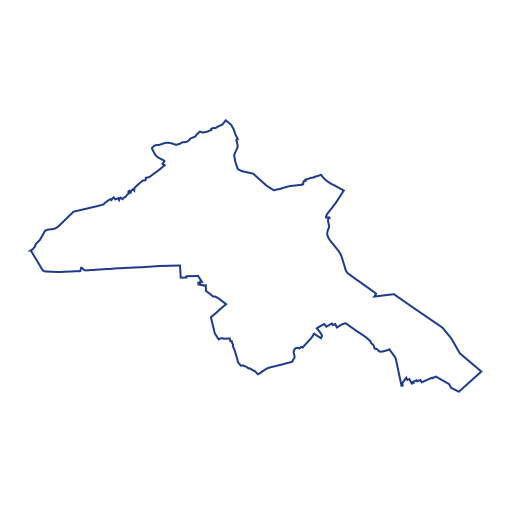 Pitesti, Arges, Romania
{"feature_id": "2599482B71034334572374", "entity_name": "Pitesti", "entity_type": "district", "adm_level": 2, "iso_a3": "ROU", "parent_name": "Romania", "parent_adm1": "Arges", "projection": "robinson", "projection_center": [24.855, 44.857], "detail": "fine", "context": "isolated", "style": "outline", "palette": "blue", "viewbox_px": 512, "rotation_deg": 0, "n_neighbors": 0, "source": "geoboundaries", "source_scale": "gbopen_adm2", "svg_char_len": 5997}
<svg xmlns="http://www.w3.org/2000/svg" viewBox="0 0 512 512"><path d="M481.3,371.5L459.8,353.3L451.3,338.4L442.4,327.6L412.4,307.1L393.9,294.2L388.8,294.8L387.6,294.9L374.3,296.6L376.1,293.8L375.5,293.1L352.0,276.4L347.9,273.4L347.3,272.8L346.5,271.6L345.7,270.2L344.2,265.1L341.7,257.0L341.1,255.4L340.6,254.5L339.7,252.7L338.8,251.3L337.3,249.4L334.0,245.3L330.8,241.4L329.5,239.6L328.9,238.6L328.2,237.2L327.7,236.0L327.3,234.7L327.2,233.6L327.3,232.3L327.6,231.0L328.8,227.9L329.0,227.3L329.1,226.5L329.1,225.9L328.0,221.0L328.0,220.0L328.1,219.6L328.4,218.9L328.8,218.5L329.6,218.0L329.4,217.4L326.0,217.5L326.1,216.4L326.8,214.6L328.6,212.1L332.1,207.7L333.6,205.7L335.6,203.2L343.8,190.5L333.9,185.1L332.1,184.3L329.4,182.7L327.5,181.4L325.6,180.0L323.0,177.4L321.1,174.8L318.0,175.9L317.7,176.0L314.5,176.8L314.5,177.2L313.8,177.4L312.6,177.7L311.8,177.7L309.0,178.5L306.1,179.4L305.4,179.6L305.7,180.7L303.6,181.2L303.2,184.1L302.4,184.2L302.3,184.7L289.6,186.1L287.1,186.8L281.5,188.3L281.4,188.7L278.2,189.2L273.9,190.3L266.6,185.7L253.2,173.7L241.6,171.1L237.8,169.1L235.3,161.7L234.1,155.0L237.7,147.0L237.6,145.2L236.3,140.1L237.8,139.1L235.6,134.9L233.7,129.4L231.2,124.9L225.7,120.3L222.8,124.1L221.9,124.9L221.4,125.0L218.2,126.4L216.8,127.2L215.5,128.1L213.3,128.0L212.3,128.3L211.2,128.9L211.5,129.8L209.4,130.8L208.5,131.1L206.2,132.0L204.0,132.2L202.4,132.6L201.3,132.0L200.0,131.6L199.1,132.1L198.3,133.2L197.2,133.9L195.2,136.6L190.9,138.3L189.9,139.0L188.7,140.6L186.9,141.7L184.5,142.2L183.3,142.2L182.4,142.4L181.7,142.6L179.9,143.8L178.0,144.2L177.1,144.6L176.4,144.8L174.3,144.4L172.9,143.7L169.0,142.8L166.0,142.8L164.6,143.1L159.5,144.8L158.5,145.0L156.8,145.0L154.4,145.6L152.4,147.5L151.9,148.4L153.3,151.2L154.0,152.5L155.8,155.5L156.4,156.1L157.0,156.6L157.9,157.3L160.2,158.6L164.3,160.7L164.4,161.0L162.5,163.9L163.7,164.5L164.8,165.2L164.8,165.3L163.2,166.3L161.8,167.6L159.8,169.3L157.6,171.0L153.8,173.8L150.1,176.5L149.1,177.1L148.2,177.4L147.5,177.6L146.3,177.6L145.9,177.8L145.7,178.1L145.7,179.1L145.7,180.0L145.0,180.4L142.8,180.6L142.3,180.8L137.4,185.1L135.9,186.6L134.8,187.7L134.4,188.2L134.3,188.9L134.2,190.6L132.9,189.3L131.6,190.3L131.2,190.8L130.8,192.3L129.3,190.8L128.7,191.2L129.1,191.8L128.5,192.2L129.2,193.2L127.6,194.3L126.7,195.1L126.3,195.8L125.5,196.9L124.6,197.3L123.8,197.8L123.3,198.0L123.0,198.4L122.7,198.6L122.6,199.1L121.4,198.5L120.6,197.6L119.7,198.3L119.5,199.0L119.1,200.1L118.9,199.8L118.9,199.2L118.7,198.3L118.3,198.1L117.2,198.6L116.4,199.0L115.3,199.4L113.6,197.4L112.3,198.7L111.8,199.2L111.4,200.1L110.1,199.2L107.4,201.1L105.9,202.1L104.6,203.1L103.8,204.2L103.1,204.5L99.5,205.6L73.5,211.7L57.9,226.9L54.7,228.7L51.1,229.3L47.7,229.7L45.0,230.8L40.0,239.8L36.0,243.8L34.6,247.1L33.7,248.0L33.2,248.8L30.7,250.5L30.8,250.5L38.7,263.6L42.2,269.5L43.3,270.7L44.0,271.1L44.5,271.3L44.9,271.4L46.2,271.5L50.4,271.7L54.3,271.9L55.6,271.9L58.1,272.0L59.9,272.0L60.3,272.0L65.3,271.7L70.9,271.5L75.8,271.2L80.0,271.2L80.4,270.9L81.1,267.8L81.3,267.7L81.6,267.7L81.9,267.8L82.4,268.3L84.3,270.1L84.6,270.3L85.4,270.4L86.6,270.3L87.9,270.3L91.2,270.0L93.5,270.0L95.7,269.7L99.5,269.5L106.9,269.0L109.3,269.0L118.1,268.2L119.7,268.3L124.4,268.0L126.5,267.8L129.5,267.8L134.0,267.5L142.2,267.2L159.5,266.0L180.0,265.5L180.7,277.6L184.3,277.6L186.5,277.5L186.4,276.5L186.5,276.3L186.7,276.1L191.2,276.1L193.1,276.1L196.6,275.9L197.9,275.8L198.7,276.9L199.5,278.1L200.8,280.0L201.9,281.8L200.1,281.7L200.1,282.4L200.3,282.4L200.2,283.0L198.3,282.8L198.4,284.5L201.3,284.8L201.3,285.0L201.9,285.1L202.0,285.2L202.5,285.1L202.8,285.3L203.5,285.3L203.7,285.6L203.8,285.6L204.0,285.6L204.9,285.6L205.5,285.3L205.5,285.2L205.8,285.2L205.8,286.9L206.0,291.0L210.5,294.3L213.0,296.5L213.4,296.6L214.2,296.5L215.3,296.6L215.6,296.7L216.7,297.4L218.6,298.4L219.1,298.9L220.8,300.1L224.4,302.9L226.1,304.2L220.2,309.1L217.2,312.0L210.9,317.2L214.8,333.4L218.7,339.4L220.9,338.2L222.9,338.3L223.3,338.7L225.5,338.7L227.1,338.6L229.8,338.5L230.3,341.0L231.9,341.3L231.9,342.6L233.0,344.4L233.1,344.9L232.8,346.3L233.8,348.2L234.4,349.6L237.6,360.1L237.6,360.7L238.0,362.2L238.9,363.5L239.8,364.3L240.7,365.7L243.3,365.4L244.1,366.1L245.9,366.5L248.6,368.5L249.5,368.2L252.0,369.8L255.2,371.4L255.7,371.9L257.9,374.3L258.9,373.8L260.7,372.7L261.1,372.5L261.6,372.1L261.7,371.9L261.7,371.5L262.1,371.4L263.2,370.9L266.2,368.9L267.5,368.3L268.7,367.8L271.3,367.1L274.2,366.4L281.1,364.7L287.4,363.0L289.2,362.6L290.5,362.2L291.7,361.8L292.0,361.8L292.3,361.7L292.6,361.1L292.9,360.2L294.3,358.0L294.5,357.5L294.6,356.8L294.5,356.2L293.8,353.2L293.6,352.2L293.7,351.4L294.1,350.8L294.1,350.4L294.7,349.0L295.0,348.8L295.1,348.6L296.3,348.0L297.1,347.8L298.0,347.9L299.2,348.4L299.9,348.1L300.6,347.5L301.0,347.0L301.4,346.9L301.9,347.0L302.5,347.4L302.6,347.5L307.0,342.7L309.7,339.8L310.3,339.1L311.1,338.3L312.3,336.6L313.8,334.2L314.0,334.0L313.9,333.9L314.2,333.7L314.3,333.9L318.1,336.4L319.1,337.0L321.0,338.2L322.0,335.9L321.4,334.4L320.7,333.2L320.3,332.7L319.8,332.0L318.3,330.1L316.8,328.3L319.4,326.6L319.7,326.6L321.6,325.4L322.0,325.2L324.2,324.0L326.3,326.7L331.8,323.5L332.8,325.1L335.2,324.0L336.9,327.5L341.5,324.6L342.4,324.2L345.6,323.2L356.0,330.6L359.1,332.6L361.6,334.3L363.6,335.6L366.4,337.6L369.0,340.0L370.4,341.2L370.9,342.6L371.1,343.0L373.5,345.1L373.9,346.1L374.1,346.9L374.4,348.0L374.8,348.5L375.0,348.7L376.2,348.9L376.9,349.1L377.6,349.8L378.6,350.8L379.5,351.5L380.0,351.7L382.9,351.5L383.8,351.2L387.4,350.2L389.3,349.3L389.5,349.6L391.8,352.7L393.2,354.6L395.6,358.2L396.3,361.2L396.9,364.0L397.0,364.3L398.2,370.1L399.4,376.0L399.8,377.7L401.5,385.8L402.6,385.6L402.4,383.4L402.6,382.7L404.1,380.7L406.2,377.7L407.3,379.9L408.1,379.4L408.8,379.5L409.4,379.2L409.9,380.2L411.9,383.6L413.6,382.8L413.0,381.9L416.5,380.3L417.2,381.3L420.3,380.0L421.7,382.3L432.0,377.7L432.3,378.2L435.9,376.6L449.0,384.0L451.2,387.9L458.9,391.7L479.6,373.1L481.3,371.5Z" fill="none" stroke="#1e3a8a" stroke-width="2"/></svg>